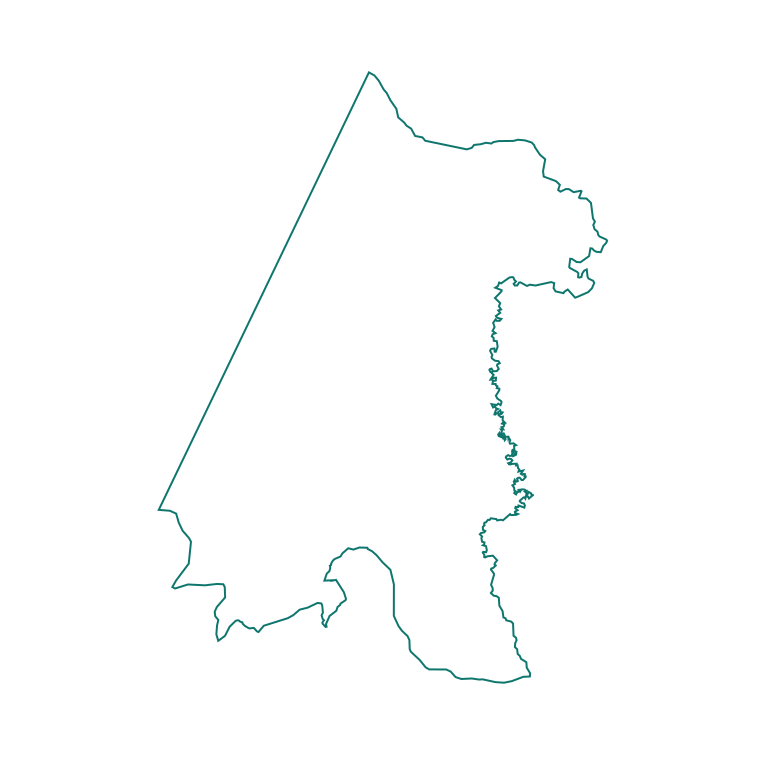 outline of Tarime, Mara, United Republic of Tanzania, rotated 263°
{"feature_id": "72390352B9041864776563", "entity_name": "Tarime", "entity_type": "district", "adm_level": 2, "iso_a3": "TZA", "parent_name": "United Republic of Tanzania", "parent_adm1": "Mara", "projection": "robinson", "projection_center": [34.405, -1.396], "detail": "fine", "context": "isolated", "style": "outline", "palette": "teal", "viewbox_px": 768, "rotation_deg": 263, "n_neighbors": 0, "source": "geoboundaries", "source_scale": "gbopen_adm2", "svg_char_len": 6146}
<svg xmlns="http://www.w3.org/2000/svg" viewBox="0 0 768 768"><g transform="rotate(263 384 384)"><path d="M214.5,464.4L215.5,462.1L219.3,461.9L220.7,462.8L223.2,460.8L224.2,462.0L224.6,465.5L225.7,466.6L227.3,464.4L230.2,464.7L231.5,466.6L232.9,466.2L234.2,466.9L234.2,468.3L236.5,470.6L236.2,472.3L237.7,473.7L236.2,479.1L234.8,479.7L235.0,483.6L234.2,485.5L239.5,493.3L238.4,494.1L238.0,499.2L238.6,501.1L240.0,498.4L241.3,498.4L242.5,501.2L244.7,499.1L246.0,499.7L245.5,502.3L247.0,502.7L244.2,508.2L246.3,509.0L248.4,508.4L249.1,506.1L251.0,504.4L251.7,504.7L254.4,508.6L254.4,509.6L253.1,510.3L255.1,511.0L254.7,513.2L252.7,513.9L256.0,519.0L255.4,516.9L257.4,516.8L259.2,514.5L256.6,512.6L256.8,511.7L259.8,512.5L259.3,511.6L260.1,510.6L260.9,512.0L262.1,510.6L262.6,508.3L262.6,507.5L260.9,506.2L262.5,505.8L262.5,504.5L260.6,504.4L260.6,503.3L258.3,501.6L259.8,500.0L261.6,501.4L262.3,500.4L265.2,500.5L267.8,499.1L268.7,501.8L271.1,500.9L273.0,502.1L271.0,503.0L271.0,504.1L271.4,505.0L273.8,504.5L274.6,505.9L274.4,507.3L271.9,508.9L271.8,510.2L274.3,513.3L275.2,513.3L275.4,512.2L277.3,512.9L277.7,511.5L277.1,510.2L278.2,508.9L281.2,511.5L280.7,506.8L282.6,507.9L284.2,506.8L287.1,506.7L287.1,505.2L288.7,505.9L289.1,501.2L288.7,499.8L289.1,498.3L290.2,497.6L290.7,500.1L292.5,502.1L294.1,501.0L294.6,499.6L294.0,497.2L296.2,495.9L297.2,496.4L298.3,498.6L297.3,500.0L297.2,501.9L298.7,502.6L296.6,503.3L297.7,506.4L298.5,506.7L298.4,505.1L300.6,507.1L302.0,505.1L300.0,503.8L300.2,503.0L301.1,502.8L302.9,503.5L303.4,505.4L306.8,505.6L307.2,507.6L309.3,505.4L309.4,501.8L311.2,501.4L312.8,502.5L314.7,501.7L314.0,500.8L316.6,501.0L316.7,497.7L314.4,497.9L313.5,497.0L314.9,496.7L315.4,495.6L317.0,496.4L316.9,494.0L318.4,491.5L320.0,491.2L321.3,492.5L318.8,492.8L317.4,497.8L320.4,496.8L319.8,494.1L323.2,495.3L324.7,494.5L324.4,496.9L326.8,495.4L327.1,497.5L329.3,498.6L330.3,496.3L331.0,497.0L330.9,499.3L333.5,497.3L337.1,498.0L336.9,496.1L339.3,493.8L340.2,494.3L340.0,497.0L341.3,498.2L341.6,496.6L343.6,496.2L340.1,490.7L340.4,489.9L344.4,491.8L345.3,494.0L346.2,492.3L348.2,491.5L347.4,489.4L350.9,488.3L349.4,493.3L350.6,495.0L348.8,497.1L351.1,498.3L352.6,498.3L355.8,494.7L358.7,493.6L363.8,497.7L365.3,497.9L366.2,495.4L367.9,496.3L369.0,494.9L370.4,494.8L370.9,491.6L373.6,492.5L373.8,495.4L376.6,496.0L376.8,494.1L375.2,491.3L375.3,490.2L379.7,493.9L381.5,492.4L382.6,492.7L382.8,491.2L385.1,490.3L385.9,490.9L386.2,492.6L383.3,493.8L383.1,497.5L385.0,499.7L388.7,498.4L389.7,498.9L390.5,501.4L392.7,500.5L393.6,497.0L396.2,494.3L397.8,494.0L399.5,495.1L404.1,493.3L405.8,494.6L405.8,497.9L402.6,497.8L402.4,498.9L407.0,501.3L412.7,501.2L413.5,498.2L416.4,498.4L418.2,496.8L420.1,497.9L420.9,500.9L423.4,498.2L427.1,500.7L431.4,499.8L434.5,502.6L433.0,503.4L432.6,506.5L434.3,508.4L435.9,504.5L437.8,503.3L440.5,508.0L443.1,506.4L443.7,509.3L447.1,507.5L450.1,509.2L455.8,504.6L461.6,511.9L462.8,512.2L466.0,506.2L467.4,509.1L470.7,510.7L469.6,512.5L474.4,521.5L474.5,524.1L474.1,525.4L471.6,526.0L469.7,527.5L467.6,524.9L465.8,525.8L465.6,528.3L468.2,530.4L468.3,531.7L463.9,537.9L464.8,540.9L463.3,546.4L464.8,562.3L463.4,565.2L458.4,564.0L455.0,565.6L452.3,573.2L453.7,574.4L455.4,577.9L446.4,584.2L446.8,586.1L450.3,597.9L453.7,602.1L458.7,605.0L460.9,604.2L463.7,599.9L465.7,599.1L473.0,599.2L472.1,596.5L469.2,594.0L466.2,593.1L465.8,591.0L466.3,589.7L470.3,590.4L471.6,589.5L476.6,582.5L477.7,582.1L485.6,584.1L485.2,585.8L481.6,590.1L480.9,593.8L486.0,603.2L493.5,605.4L493.2,607.0L490.7,608.9L489.3,611.0L488.4,615.2L494.3,618.5L496.9,621.7L499.0,622.9L500.3,622.2L504.1,616.0L505.6,614.9L509.3,614.4L511.9,611.9L516.3,611.1L519.4,613.1L522.9,611.6L538.5,611.5L543.4,607.6L544.4,601.3L545.2,600.3L551.2,603.5L551.8,602.9L551.3,595.6L555.0,591.1L555.3,588.2L553.4,582.5L555.4,580.5L560.2,582.8L564.4,579.4L570.4,567.8L575.9,567.8L587.4,571.4L592.6,566.7L600.7,562.6L602.7,562.2L605.7,560.0L608.6,553.7L610.1,546.8L609.5,542.0L611.1,527.7L610.8,522.1L609.6,519.9L611.0,514.6L610.2,509.1L610.3,502.5L607.7,499.9L606.8,494.8L620.4,454.6L624.1,452.2L626.4,445.1L634.1,442.1L637.7,437.8L640.9,436.0L646.9,430.6L655.6,429.8L664.9,424.9L672.4,422.2L676.3,419.6L685.6,415.8L691.4,412.1L695.1,407.0L286.5,145.1L284.3,156.0L280.7,161.9L271.4,163.4L262.8,166.3L255.0,171.6L251.0,173.2L229.5,168.3L214.3,153.7L208.3,149.2L206.5,151.7L208.9,165.0L206.0,181.8L205.9,193.9L204.8,200.1L201.9,201.2L191.5,200.3L183.0,190.9L178.6,188.2L174.0,188.2L170.0,190.8L164.8,188.9L156.0,187.1L149.3,188.2L153.4,195.5L161.9,201.2L167.0,207.9L167.3,210.0L166.8,211.4L165.6,212.3L164.7,214.4L163.5,214.4L161.0,216.3L158.8,219.1L157.8,220.6L157.8,225.0L154.0,227.7L153.1,229.2L158.7,235.2L163.3,260.0L165.7,265.9L170.3,272.8L171.3,280.9L174.8,291.4L173.8,295.1L171.8,295.7L164.5,295.5L162.0,293.9L158.3,294.5L156.8,295.6L154.9,293.8L153.7,293.8L150.0,296.4L150.1,297.4L152.8,297.2L160.4,301.7L164.7,309.0L168.4,310.8L170.0,313.5L171.4,314.1L174.1,319.5L175.3,320.1L182.2,318.8L195.4,312.5L195.1,308.5L195.5,308.8L196.1,300.9L202.8,304.1L204.9,307.0L208.1,308.3L210.2,308.1L210.8,309.4L212.1,309.6L215.0,311.8L216.3,313.7L218.1,319.8L221.0,322.1L225.3,328.5L223.4,333.5L224.7,339.6L223.5,347.5L222.2,347.8L219.5,351.7L215.1,355.7L207.4,360.7L198.8,367.7L183.9,369.4L152.7,365.5L142.0,368.9L136.9,371.7L131.0,376.6L126.8,378.0L117.6,377.2L114.9,378.1L105.7,385.8L97.7,390.8L95.2,394.1L93.1,410.9L90.4,415.2L84.4,419.3L81.8,424.8L81.0,435.3L79.1,442.2L78.8,446.1L74.5,458.3L72.9,466.8L73.5,474.6L76.4,486.6L75.9,493.1L79.0,493.8L85.1,491.1L90.5,491.4L94.6,486.4L97.5,485.7L99.8,483.8L104.5,483.8L106.9,481.9L110.7,482.6L113.6,484.4L116.2,484.0L118.3,481.9L130.5,482.9L132.6,481.4L134.6,476.5L136.6,476.1L137.8,474.1L144.2,474.0L149.9,471.5L157.9,471.9L159.8,469.7L160.5,467.1L163.5,464.6L165.7,466.8L168.4,466.9L171.6,465.8L180.9,469.8L182.4,470.0L186.7,467.6L187.7,467.9L188.2,470.1L190.3,472.8L191.3,471.7L192.6,472.1L195.2,474.8L200.3,471.2L200.4,465.7L199.5,463.3L200.1,462.3L201.9,462.9L204.6,461.5L205.3,462.0L204.6,464.9L206.6,465.8L210.6,465.5L211.9,462.6L212.6,463.9L214.5,464.4Z" fill="none" stroke="#0f766e" stroke-width="2"/></g></svg>